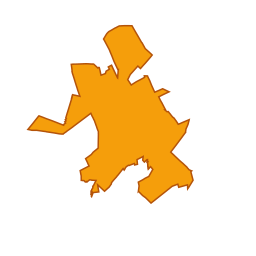 outline of Zumpango, México, Mexico, rotated 226°
{"feature_id": "50627088B21767491225911", "entity_name": "Zumpango", "entity_type": "district", "adm_level": 2, "iso_a3": "MEX", "parent_name": "Mexico", "parent_adm1": "México", "projection": "orthographic", "projection_center": [-99.071, 19.813], "detail": "fine", "context": "isolated", "style": "filled", "palette": "amber", "viewbox_px": 256, "rotation_deg": 226, "n_neighbors": 0, "source": "geoboundaries", "source_scale": "gbopen_adm2", "svg_char_len": 5480}
<svg xmlns="http://www.w3.org/2000/svg" viewBox="0 0 256 256"><g transform="rotate(226 128 128)"><path d="M198.6,72.4L198.6,71.7L198.0,67.2L197.8,65.7L197.4,62.9L196.5,55.0L193.4,57.1L193.2,57.2L192.8,57.7L192.7,57.7L189.8,60.7L187.6,62.4L183.6,65.5L182.8,66.2L181.8,66.8L180.0,68.2L179.9,68.3L177.1,70.4L176.9,70.6L176.2,71.1L175.4,71.7L173.2,73.3L172.2,74.0L171.3,74.7L170.4,75.5L169.6,76.2L168.9,76.9L168.9,77.0L168.7,77.1L168.7,77.7L168.5,79.3L168.2,80.9L168.1,82.5L167.7,84.9L167.5,86.4L167.4,87.1L167.1,89.3L167.1,89.6L164.4,111.5L163.3,111.1L161.4,110.4L159.9,110.0L159.3,109.8L158.3,109.4L157.2,109.1L156.2,108.8L155.9,108.6L155.5,108.4L155.0,108.2L154.4,107.9L153.8,107.7L153.1,107.3L152.4,107.0L151.4,106.6L150.4,106.1L149.1,105.5L149.0,105.4L146.0,104.2L145.3,103.5L144.6,102.8L144.5,102.7L144.2,102.5L143.2,101.5L138.8,97.1L138.7,97.0L137.3,95.6L136.6,94.9L135.5,93.8L134.3,92.6L134.4,90.6L134.7,87.6L134.7,86.8L134.8,86.0L134.6,84.9L134.5,83.8L134.4,83.5L134.4,83.4L134.4,83.2L134.9,79.7L135.0,79.0L135.4,76.2L131.7,75.0L129.7,74.2L129.0,74.0L127.7,73.6L130.6,64.0L127.1,61.7L126.1,61.1L122.8,58.0L122.4,58.4L121.8,58.8L121.5,59.0L121.1,59.4L120.9,59.7L120.4,59.8L120.1,59.9L119.7,59.8L119.3,59.7L119.2,59.8L118.8,60.0L118.4,60.2L118.2,60.2L118.1,60.8L118.2,61.0L117.6,61.2L117.6,61.6L117.6,62.3L117.5,63.2L117.4,63.6L117.5,64.2L116.4,65.3L115.8,65.5L112.5,68.6L110.5,63.0L110.6,62.2L110.2,62.0L109.9,61.7L109.2,60.7L109.0,59.3L108.6,58.9L108.5,58.7L108.4,57.9L107.5,57.8L107.4,57.8L107.9,57.2L107.5,56.8L106.8,57.4L106.0,56.7L106.4,56.4L106.4,55.6L105.8,55.0L104.8,55.6L104.6,55.1L104.3,54.7L104.1,54.1L103.9,54.1L105.4,57.3L105.8,58.0L102.3,62.6L108.2,66.7L98.8,67.2L98.6,73.5L98.7,73.8L98.8,74.5L99.0,75.3L99.3,77.1L100.1,78.1L100.5,81.2L100.8,85.7L101.0,86.7L101.1,88.2L102.2,96.3L100.4,96.0L100.6,97.0L101.2,98.7L101.3,100.1L100.9,102.4L100.3,102.7L98.1,107.9L97.5,107.6L96.8,107.1L95.3,109.6L99.0,112.5L97.0,119.1L94.6,116.2L92.1,116.1L92.1,119.6L91.8,120.0L91.0,118.9L91.0,119.4L90.7,119.1L90.2,118.4L90.0,118.7L89.9,118.8L89.7,118.0L89.6,117.9L89.4,118.1L88.9,117.6L87.9,116.7L88.1,117.3L88.0,117.1L87.9,116.8L86.9,115.9L86.4,115.7L86.2,115.4L85.7,115.3L85.7,115.0L85.0,114.3L84.3,113.9L84.5,117.4L81.0,117.1L78.7,109.3L79.9,105.6L80.5,102.7L81.9,97.8L78.7,95.8L75.2,91.4L75.2,91.5L69.1,91.6L67.2,92.0L67.0,91.9L66.2,92.2L58.0,92.4L56.0,112.8L56.0,113.2L55.9,114.3L55.7,115.6L55.7,116.0L55.6,117.2L55.4,119.3L53.0,124.8L50.1,123.3L45.8,131.3L42.8,128.7L43.1,130.3L45.2,138.5L53.0,142.9L52.9,144.0L53.1,143.9L55.6,142.9L56.8,143.0L57.8,143.0L59.1,143.2L62.0,143.0L64.5,142.9L66.3,142.7L68.9,142.5L69.1,142.5L71.6,142.4L73.8,142.3L75.6,142.2L76.9,142.2L80.1,142.0L81.0,142.0L81.5,145.5L82.4,151.4L84.2,162.3L84.8,165.8L84.8,166.4L85.2,166.7L87.0,169.0L88.2,172.0L89.0,173.8L91.3,177.5L91.5,177.8L93.9,171.6L95.1,168.3L95.8,166.7L96.7,167.0L97.5,167.1L98.4,167.3L99.0,167.4L99.4,167.5L100.3,167.6L101.8,167.8L102.8,168.0L103.0,167.9L103.3,168.0L103.7,167.9L104.1,167.9L104.4,167.8L104.6,167.7L104.9,167.7L105.2,167.7L105.7,167.8L106.2,167.8L107.2,167.9L107.9,168.0L108.5,168.1L109.0,168.1L110.5,168.2L110.9,168.3L111.5,168.3L112.0,168.3L112.5,167.4L115.6,167.1L115.3,167.7L118.2,168.5L119.1,168.8L120.1,169.1L121.5,169.5L122.4,169.8L124.2,170.2L124.9,170.4L126.0,170.7L127.1,171.1L129.1,171.8L128.8,172.6L127.9,175.5L127.7,176.2L125.5,182.7L129.2,181.3L129.8,181.1L130.3,180.9L130.8,180.7L131.6,180.4L131.9,180.3L132.3,180.0L132.3,179.7L132.7,178.7L134.0,175.2L134.4,174.2L135.1,172.3L135.2,172.1L137.9,173.0L138.9,173.4L139.8,173.7L140.3,173.9L141.8,174.4L143.3,175.0L145.5,175.9L146.9,176.5L148.2,176.9L151.3,177.9L151.9,178.2L154.2,176.0L152.9,175.1L154.1,170.8L154.8,168.5L155.5,166.1L156.3,162.2L156.7,160.2L163.0,161.4L164.9,166.8L165.7,178.1L162.1,178.3L162.4,181.9L162.5,183.4L162.6,185.3L163.3,193.1L163.7,196.1L168.4,195.9L168.9,195.8L170.0,195.8L170.2,195.7L170.7,195.7L171.3,195.7L172.1,195.6L172.4,195.6L173.0,195.5L173.4,195.6L174.1,195.8L179.6,197.3L180.1,197.2L186.0,198.7L194.2,200.7L198.8,201.9L204.0,196.6L207.5,192.6L208.4,189.7L208.4,189.3L208.5,189.2L208.9,188.2L209.3,186.5L210.1,183.2L210.6,181.6L210.6,181.1L210.7,180.8L210.6,178.4L210.4,177.6L210.3,177.0L210.1,176.3L209.7,174.9L209.0,172.2L207.3,171.8L199.6,169.6L197.2,168.9L195.5,168.2L194.8,167.9L191.4,166.6L190.4,166.2L189.2,165.7L185.9,164.3L177.1,161.3L176.8,161.7L176.6,161.4L176.0,160.7L174.1,158.6L173.5,157.8L172.9,157.2L171.2,155.3L171.5,155.3L172.0,155.5L176.0,156.8L181.3,158.6L184.6,159.8L185.0,158.5L185.3,157.5L185.6,156.2L183.2,155.5L183.6,153.8L184.1,151.8L183.1,149.9L183.1,149.6L182.9,149.5L183.2,148.8L183.5,148.1L184.1,146.8L184.7,145.3L186.6,146.4L188.6,147.7L189.6,148.2L190.0,148.5L191.5,149.3L191.8,149.2L192.1,148.4L192.1,148.0L197.8,147.7L198.4,147.2L198.5,147.1L198.7,146.9L198.7,146.7L198.8,146.6L199.2,146.4L199.4,146.2L199.6,145.8L199.8,145.8L202.0,143.8L203.7,142.1L210.3,134.7L210.6,134.4L212.3,132.6L212.7,132.0L213.2,131.4L209.5,128.7L208.5,127.9L207.5,127.1L207.5,126.9L206.9,126.6L206.3,126.2L205.5,125.8L201.8,124.0L200.4,123.3L198.7,122.4L195.9,121.0L194.3,120.2L192.2,119.2L190.3,118.2L184.2,115.4L188.8,112.4L188.9,112.1L190.4,111.4L190.3,110.8L189.5,109.5L189.5,110.1L182.6,97.7L181.8,96.2L181.3,95.4L181.1,94.9L178.5,90.3L177.5,90.1L177.6,88.7L176.2,88.3L176.4,86.8L174.9,86.5L175.1,85.1L175.2,84.3L174.7,83.6L185.8,78.5L190.3,76.3L191.3,75.8L195.5,73.9L197.1,73.1L198.6,72.4Z" fill="#f59e0b" stroke="#b45309" stroke-width="1.5"/></g></svg>